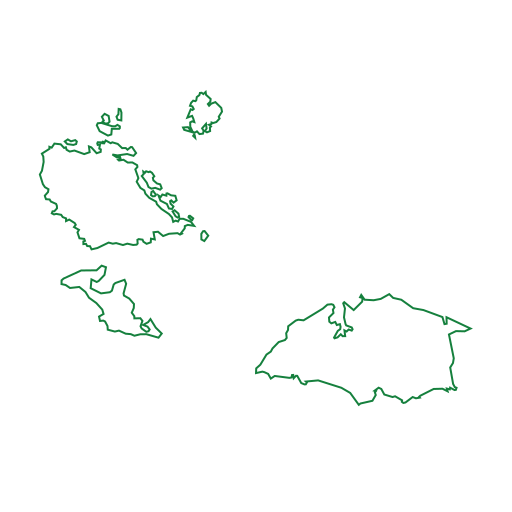 Kudat, Sabah, Malaysia (Natural Earth projection), rotated 260°
{"feature_id": "92858781B15931830971700", "entity_name": "Kudat", "entity_type": "district", "adm_level": 2, "iso_a3": "MYS", "parent_name": "Malaysia", "parent_adm1": "Sabah", "projection": "natural_earth1", "projection_center": [117.119, 7.0], "detail": "fine", "context": "isolated", "style": "outline", "palette": "green", "viewbox_px": 512, "rotation_deg": 260, "n_neighbors": 0, "source": "geoboundaries", "source_scale": "gbopen_adm2", "svg_char_len": 6067}
<svg xmlns="http://www.w3.org/2000/svg" viewBox="0 0 512 512"><g transform="rotate(260 256 256)"><path d="M92.6,424.3L89.5,428.3L89.5,429.6L91.4,430.6L92.4,429.0L95.8,427.9L112.5,427.9L116.4,431.4L120.9,433.0L145.2,432.4L147.3,439.9L145.6,448.4L147.3,454.7L162.6,433.0L156.2,432.0L156.2,429.8L163.5,429.0L173.7,411.5L177.3,401.7L187.7,391.5L190.9,383.8L195.3,380.6L192.1,371.4L192.0,364.2L194.1,355.4L199.4,352.9L197.3,351.3L196.1,353.7L192.6,352.6L185.8,342.8L195.2,334.9L194.3,333.7L188.9,334.5L180.3,332.0L173.2,332.4L172.0,332.8L169.0,337.9L167.1,338.4L165.9,337.3L167.5,334.5L165.9,332.1L167.4,330.2L161.6,329.9L162.0,327.4L164.2,325.9L161.7,322.2L161.3,319.1L162.1,318.7L168.1,323.6L169.3,326.2L171.6,327.0L174.3,326.8L174.0,323.6L177.3,322.6L176.6,318.5L178.6,316.8L182.8,317.2L186.4,322.4L189.8,322.4L191.9,324.4L194.5,323.6L195.4,322.0L195.7,317.9L192.6,312.7L184.4,291.7L185.9,286.6L185.5,283.9L181.2,275.5L177.6,274.7L174.7,272.3L170.0,272.0L168.2,269.9L167.3,263.4L162.1,256.2L159.3,254.0L157.1,249.2L148.2,241.4L145.3,236.7L140.7,235.7L141.0,242.2L140.2,244.0L137.8,247.5L132.7,249.3L134.6,253.6L130.2,267.7L130.2,269.9L132.5,270.8L132.4,272.0L129.1,271.9L131.1,274.6L130.8,275.8L123.0,278.5L121.1,281.5L121.0,282.8L122.7,284.2L123.7,283.4L122.7,295.6L111.4,317.2L104.8,325.0L91.6,331.4L92.6,333.2L93.2,345.5L98.3,349.8L101.0,349.4L102.1,350.6L102.7,349.3L105.0,353.9L103.3,356.3L97.3,358.3L93.4,366.0L93.7,368.6L88.5,374.8L87.1,374.3L85.7,375.6L85.8,377.8L89.9,385.8L88.1,388.8L88.1,392.7L89.0,392.2L89.9,393.6L94.2,407.9L92.9,416.6L89.5,421.2L92.3,420.9L91.0,423.7L92.6,424.3ZM385.5,63.2L377.1,60.0L373.8,57.3L363.8,58.6L360.4,60.1L357.8,63.2L355.1,62.3L352.1,58.5L350.8,58.6L348.4,59.1L347.5,62.6L345.3,63.4L342.0,68.2L340.0,68.6L337.5,68.3L335.1,65.2L335.3,63.4L333.5,62.3L332.0,64.3L332.2,66.5L330.4,71.3L327.9,72.4L326.0,75.5L323.4,75.0L324.3,78.4L319.9,83.2L318.0,83.9L316.1,81.8L312.5,86.2L310.3,84.3L304.1,85.2L302.7,89.8L300.6,90.2L300.3,88.5L297.7,88.1L297.5,90.7L295.1,91.5L294.5,94.2L291.1,95.2L291.4,101.2L294.8,113.2L293.0,117.1L293.0,120.5L289.9,126.9L290.5,131.4L288.2,136.9L287.9,140.4L288.8,141.6L292.5,142.0L293.0,143.4L291.8,147.1L289.6,147.6L287.0,150.4L287.7,154.7L291.3,155.6L289.9,159.2L297.2,159.2L296.9,163.7L291.8,168.0L293.0,174.2L292.1,182.7L290.3,184.9L290.9,187.0L291.7,186.3L295.6,190.6L297.8,191.1L298.5,194.2L296.4,200.3L300.9,197.9L305.3,190.8L305.9,187.2L303.5,185.2L304.8,183.0L304.0,180.4L308.6,180.0L312.5,177.5L318.8,171.0L324.2,167.4L326.8,167.1L331.8,161.0L336.6,157.9L340.0,157.4L343.1,154.0L349.9,151.4L353.1,153.7L362.3,152.2L364.3,154.7L366.1,154.7L369.6,150.5L370.3,145.9L373.8,142.2L373.8,137.7L374.8,136.9L375.5,139.5L377.3,139.3L377.2,136.2L380.9,132.2L379.1,137.1L378.8,146.8L375.9,152.8L378.2,155.8L384.7,152.9L385.1,151.7L383.0,147.9L384.9,146.5L385.5,142.9L390.4,139.3L392.9,134.2L392.3,132.5L395.9,128.0L393.3,126.0L393.6,124.8L394.6,126.0L395.2,125.0L394.6,124.2L395.5,119.9L394.4,119.2L392.9,119.4L392.9,121.7L389.0,120.3L387.9,121.7L385.5,121.1L384.9,116.9L391.6,112.7L392.9,110.5L387.1,110.2L386.2,104.5L391.4,95.5L391.2,90.7L393.5,87.9L396.1,87.6L395.7,85.8L399.9,83.1L401.7,77.0L398.2,73.6L399.4,71.5L397.4,71.2L394.0,62.9L390.9,63.8L385.5,63.2ZM269.6,96.5L272.1,81.3L267.2,62.6L265.8,60.3L262.1,59.6L260.5,63.5L256.8,67.3L256.2,76.6L250.2,81.8L243.9,84.3L237.4,90.6L229.9,95.3L225.4,95.8L223.6,90.9L219.1,91.1L218.9,94.4L217.7,96.0L212.8,97.6L209.2,97.2L206.1,103.9L206.3,108.1L202.1,114.2L200.8,119.1L198.6,122.4L199.0,128.5L198.0,134.5L192.5,145.8L196.0,149.7L202.9,144.8L212.2,141.1L209.6,138.3L207.7,132.9L205.3,136.9L202.1,138.5L200.6,137.1L200.4,134.8L204.5,130.8L206.9,130.1L211.8,132.9L214.8,131.3L215.7,125.4L217.9,125.7L221.7,123.8L226.0,126.6L229.9,127.5L236.1,123.8L240.0,119.1L242.2,119.1L251.2,123.3L255.4,122.4L253.8,112.8L252.6,110.9L246.9,108.1L245.7,105.8L246.1,96.9L253.0,87.6L261.5,89.9L258.1,94.6L258.7,96.7L263.7,103.5L271.0,106.3L273.3,102.3L269.6,96.5ZM411.8,217.2L404.2,212.4L405.1,217.4L402.2,218.1L398.6,218.5L399.7,216.5L399.0,214.4L394.7,213.7L389.3,215.2L388.1,217.3L389.0,219.5L385.9,221.5L385.7,225.0L388.4,226.2L391.1,225.1L394.8,229.7L390.1,229.5L387.9,227.3L386.3,229.2L387.0,232.5L390.4,232.9L391.4,234.2L393.4,232.5L393.7,235.0L395.2,235.4L394.4,236.8L394.8,240.2L397.7,244.0L399.6,243.5L404.1,247.6L407.9,247.5L414.6,242.7L413.8,238.4L412.1,235.9L414.0,235.0L415.9,237.8L418.5,238.6L423.4,234.8L426.3,234.9L424.6,232.3L426.2,230.8L426.3,229.1L424.3,228.2L422.8,225.3L419.7,224.2L419.0,223.2L419.9,221.1L418.1,218.7L415.4,217.1L414.4,219.3L411.6,220.2L410.8,218.8L411.8,217.2ZM356.2,159.6L354.6,157.4L347.1,161.2L342.6,162.1L340.5,164.7L340.6,168.6L338.0,173.1L339.2,174.9L343.2,174.1L344.6,171.1L348.3,168.1L350.9,168.0L352.2,169.7L356.0,168.0L357.6,166.3L357.2,164.9L358.5,162.5L357.3,161.1L358.7,159.7L356.2,159.6ZM414.2,123.2L412.4,121.9L406.1,123.7L400.3,131.1L400.8,134.6L406.3,136.1L405.0,143.4L405.6,144.1L407.3,144.4L409.2,142.3L408.2,139.9L408.8,136.8L413.9,126.8L414.2,123.2ZM332.5,170.5L327.1,171.5L322.7,177.3L317.9,178.5L316.9,181.5L319.1,183.3L322.3,181.0L324.9,180.9L325.5,182.2L322.9,184.1L324.6,187.5L329.3,187.0L330.5,182.9L333.1,179.7L333.1,178.7L331.0,178.2L332.8,174.5L330.7,172.4L332.5,170.5ZM415.8,129.6L415.1,128.3L414.0,128.7L412.5,130.9L412.4,133.3L413.7,135.1L419.5,135.2L422.3,131.6L419.9,128.4L415.8,129.6ZM287.3,206.0L281.8,205.1L279.7,207.7L284.3,212.5L289.5,209.7L289.6,208.2L287.3,206.0ZM399.9,99.4L401.5,98.1L401.1,93.7L403.5,90.9L402.0,87.6L399.0,89.6L397.1,95.4L397.5,98.3L399.9,99.4ZM417.4,142.8L414.2,143.4L412.9,146.9L420.6,148.4L424.0,147.9L424.7,146.3L419.5,145.1L417.4,142.8ZM395.2,206.5L392.7,207.2L389.2,214.3L394.7,211.4L395.2,206.5ZM315.2,183.7L314.4,181.6L309.1,183.7L307.5,185.5L307.9,187.1L311.2,187.0L315.2,183.7ZM333.6,168.1L337.9,166.0L337.2,164.2L334.2,163.2L332.7,164.6L332.5,166.7L333.6,168.1ZM304.0,200.7L307.1,197.9L307.1,197.0L306.1,196.3L303.3,198.1L302.4,199.4L304.0,200.7ZM383.0,216.6L385.7,216.6L386.3,216.1L385.2,215.0L383.0,216.6Z" fill="none" stroke="#15803d" stroke-width="2"/></g></svg>